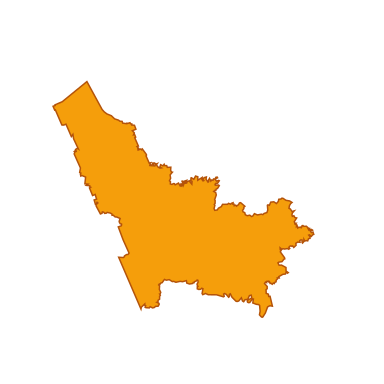 Stratford District, Manawatu-Wanganui, New Zealand (Albers equal-area conic projection), rotated 67°
{"feature_id": "76426892B63659956028788", "entity_name": "Stratford District", "entity_type": "district", "adm_level": 2, "iso_a3": "NZL", "parent_name": "New Zealand", "parent_adm1": "Manawatu-Wanganui", "projection": "albers", "projection_center": [174.669, -39.151], "detail": "fine", "context": "isolated", "style": "filled", "palette": "amber", "viewbox_px": 384, "rotation_deg": 67, "n_neighbors": 0, "source": "geoboundaries", "source_scale": "gbopen_adm2", "svg_char_len": 6133}
<svg xmlns="http://www.w3.org/2000/svg" viewBox="0 0 384 384"><g transform="rotate(67 192 192)"><path d="M49.3,245.6L58.2,276.2L58.2,284.0L58.9,284.1L58.8,286.4L63.0,286.4L63.0,285.7L79.5,285.6L80.3,283.8L80.3,281.5L93.8,281.4L92.4,279.1L96.8,280.2L107.9,279.8L107.0,280.4L107.3,282.5L108.0,283.2L108.4,282.6L109.4,282.7L108.9,284.4L109.5,284.2L110.9,285.6L126.3,285.3L130.2,287.8L131.2,286.9L132.1,287.8L133.9,288.1L133.8,286.9L136.7,284.1L142.6,287.4L144.1,284.7L144.6,286.7L146.3,283.7L147.5,284.0L148.0,283.5L148.2,284.8L156.4,284.9L156.4,282.1L161.3,282.6L161.1,285.2L165.4,285.7L165.2,284.3L164.3,283.5L164.8,282.9L165.4,283.0L166.1,285.2L167.5,285.7L176.4,284.9L176.5,283.2L175.3,282.3L176.0,281.2L177.6,280.7L178.0,279.1L177.6,278.1L179.5,275.4L181.0,274.3L182.2,274.7L182.6,273.6L184.9,272.5L185.6,271.1L188.3,268.5L190.5,270.5L191.9,270.7L193.3,270.4L193.9,269.4L194.9,269.7L195.5,270.4L195.3,273.5L209.1,274.1L223.6,273.8L224.5,275.2L224.0,276.8L224.5,279.2L225.1,279.5L225.5,280.8L223.4,285.0L279.8,284.7L278.2,283.6L276.6,279.2L277.9,279.7L278.6,279.1L279.7,280.2L280.5,279.6L282.0,276.6L281.2,275.3L283.3,273.6L283.6,271.7L283.0,270.3L283.9,267.9L282.7,266.2L281.6,265.9L279.8,267.4L279.8,266.2L278.4,265.5L278.0,263.7L275.4,262.6L274.7,261.5L273.3,261.7L273.4,261.2L272.2,260.0L268.9,260.1L265.7,258.5L264.5,259.0L263.9,258.0L264.4,257.5L263.6,256.1L263.8,254.9L261.7,251.5L263.1,250.2L263.8,247.2L266.8,245.1L267.1,243.8L268.8,242.1L269.6,237.9L270.9,235.7L271.4,231.8L273.8,232.4L275.7,230.3L276.5,227.1L275.8,226.2L276.3,225.6L275.5,224.6L275.6,223.0L275.0,221.7L275.5,221.1L277.4,221.6L278.8,223.4L280.9,223.4L280.6,223.8L283.2,225.0L284.4,223.8L284.9,221.9L284.4,220.6L285.3,219.7L289.4,222.4L290.7,222.2L290.7,219.2L292.9,217.2L296.2,209.6L300.8,204.0L300.6,203.1L298.3,202.8L298.1,201.8L299.5,200.5L303.2,199.4L302.9,198.5L300.8,197.6L300.7,196.5L304.5,196.3L309.7,194.2L310.4,193.3L310.6,191.6L308.7,187.9L312.1,188.1L313.2,187.3L311.8,185.2L312.6,182.7L309.8,179.6L310.1,177.8L312.9,178.4L313.3,182.7L313.9,183.7L315.1,183.9L315.9,183.3L316.3,182.0L314.0,178.1L314.5,177.3L317.9,179.4L320.5,176.7L321.7,174.6L322.9,174.1L328.4,175.9L331.4,177.9L333.8,177.1L334.7,176.4L334.7,175.6L332.0,171.7L327.3,167.3L327.1,164.8L328.5,162.6L318.5,160.9L318.1,162.2L315.9,161.6L314.3,163.3L310.8,162.0L310.4,160.6L308.3,159.7L304.6,161.0L303.6,159.5L304.6,158.7L303.5,158.1L304.1,156.1L304.7,155.8L305.6,156.8L305.2,155.8L306.7,155.8L306.7,155.1L308.3,154.2L307.6,152.7L308.4,152.1L307.5,150.9L307.5,149.7L306.1,149.0L305.3,147.1L304.4,147.0L305.2,145.3L303.8,145.2L303.3,140.5L304.0,138.0L302.3,136.4L304.0,135.9L303.8,134.9L301.5,136.3L298.2,135.0L294.2,138.2L293.5,140.4L290.8,140.6L290.5,139.4L291.3,136.4L289.8,133.7L289.8,132.7L288.6,132.5L281.6,134.1L280.3,132.5L279.6,133.3L277.8,132.7L279.9,131.6L279.7,130.5L280.7,129.1L281.3,126.4L282.5,125.3L282.1,124.1L280.9,124.5L280.2,123.5L280.2,122.0L281.0,121.3L281.0,120.4L282.8,120.0L281.7,117.0L279.8,116.5L279.4,114.3L280.5,112.2L278.8,111.8L278.6,110.4L279.3,109.4L281.3,110.4L282.2,110.2L281.4,108.5L279.4,107.5L281.2,107.4L281.4,105.8L282.2,104.6L280.5,103.0L280.8,101.5L279.3,100.8L277.3,101.4L277.3,100.6L279.5,99.5L278.5,97.5L278.6,96.5L276.4,96.3L276.1,97.9L274.4,98.3L274.0,97.0L274.6,96.0L274.2,95.9L273.1,96.7L272.9,99.3L271.5,99.4L272.5,98.3L271.5,97.9L271.1,98.8L268.2,100.1L267.3,102.5L266.2,103.0L266.0,103.8L267.0,104.5L266.8,105.4L267.4,105.5L266.2,107.3L266.5,108.7L264.1,108.4L264.5,109.3L263.0,108.6L262.1,109.5L261.5,108.4L261.0,109.6L259.2,109.4L256.8,105.8L255.5,107.4L253.7,107.5L253.6,109.1L252.0,108.9L250.5,107.8L249.3,105.3L249.0,107.6L246.1,108.1L244.9,109.1L242.6,107.6L241.2,105.7L240.7,104.0L238.4,105.6L236.3,108.8L233.5,110.6L232.8,111.6L233.2,112.8L232.6,115.0L234.4,116.2L235.6,118.8L233.0,120.5L232.1,123.5L234.5,126.0L233.5,127.1L233.7,127.8L238.2,129.3L240.2,131.1L239.9,134.0L240.5,135.6L239.5,136.8L238.7,140.7L236.3,143.0L237.9,145.5L237.9,146.7L235.9,147.9L235.4,150.4L233.8,151.8L231.6,151.5L230.2,152.8L228.6,152.6L227.6,150.8L226.3,150.3L225.8,148.9L220.8,151.4L220.6,152.6L221.8,154.1L222.4,156.6L221.2,156.9L221.1,158.5L219.6,158.1L219.2,159.1L217.9,158.4L217.8,160.2L218.3,161.2L216.7,162.8L217.2,164.1L215.3,168.7L216.9,170.7L217.2,173.9L218.4,175.8L217.8,178.2L215.9,178.2L213.3,176.2L212.2,176.4L211.5,175.2L208.8,174.0L208.0,174.2L204.2,170.8L201.7,170.4L200.0,171.8L199.4,170.0L199.8,169.4L198.8,168.6L198.7,167.1L196.8,164.4L195.9,164.9L194.9,167.7L194.4,168.0L193.3,167.0L193.9,165.0L192.3,162.5L191.8,162.8L191.6,165.1L190.2,165.6L189.1,165.2L188.9,162.9L188.1,163.0L187.8,164.3L189.1,165.8L188.4,167.1L189.4,168.1L188.6,169.2L189.3,170.4L186.3,170.5L187.5,172.2L189.0,172.6L189.2,173.4L185.8,174.1L183.8,172.9L183.5,175.2L184.4,176.9L186.1,176.6L186.1,177.5L184.3,178.0L182.6,177.0L183.4,182.1L180.2,180.7L178.7,182.5L181.0,185.4L178.7,186.9L178.7,187.5L180.3,188.1L180.7,189.2L182.2,187.8L184.7,189.1L180.7,190.3L180.5,192.4L181.7,193.4L181.3,195.0L179.2,192.5L179.0,194.9L180.6,195.5L179.8,196.4L178.3,196.4L178.2,197.0L182.1,196.9L182.8,197.7L181.4,197.6L180.1,198.9L180.8,199.5L182.3,199.0L182.4,199.7L181.7,200.6L178.5,200.9L178.8,204.7L177.4,205.0L177.0,205.8L177.2,207.5L176.1,208.8L174.1,207.8L172.9,208.4L171.0,206.3L167.7,205.5L166.1,202.3L165.5,203.1L163.7,203.2L160.9,201.8L159.7,205.1L157.8,205.0L157.1,206.8L155.6,206.8L156.6,208.5L154.6,210.2L156.5,211.9L157.8,210.8L157.5,212.1L156.0,213.4L153.1,214.2L152.3,212.9L152.2,214.4L153.5,216.0L152.7,217.4L151.3,216.5L151.4,214.7L150.6,215.2L149.9,217.2L151.3,217.2L151.3,218.7L152.0,218.9L151.1,220.5L150.7,220.2L150.9,219.5L149.4,219.7L148.9,218.9L148.7,220.1L140.8,220.2L140.2,219.4L138.8,219.5L133.0,220.9L133.5,221.8L132.4,222.3L132.3,225.2L131.0,224.9L131.2,224.0L128.7,224.9L128.8,223.4L119.7,223.5L119.5,222.4L116.5,222.4L116.5,223.4L115.0,222.0L112.3,223.0L112.3,219.1L108.1,218.9L106.8,221.3L105.9,220.8L105.1,222.0L104.0,222.0L103.7,224.8L103.2,225.0L103.5,225.6L101.5,228.9L99.7,228.7L98.6,230.8L97.2,231.5L94.4,234.7L90.3,236.4L86.9,239.8L83.9,241.5L80.9,242.5L49.3,245.6Z" fill="#f59e0b" stroke="#b45309" stroke-width="1.5"/></g></svg>